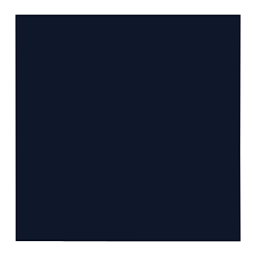 the district of Barton, Kansas, United States of America
{"feature_id": "52423323B76483711155183", "entity_name": "Barton", "entity_type": "district", "adm_level": 2, "iso_a3": "USA", "parent_name": "United States of America", "parent_adm1": "Kansas", "projection": "mercator", "projection_center": [-98.777, 38.479], "detail": "fine", "context": "isolated", "style": "filled", "palette": "ink", "viewbox_px": 256, "rotation_deg": 0, "n_neighbors": 0, "source": "geoboundaries", "source_scale": "gbopen_adm2", "svg_char_len": 278}
<svg xmlns="http://www.w3.org/2000/svg" viewBox="0 0 256 256"><path d="M16.4,195.5L16.4,240.4L20.4,240.4L61.1,240.4L64.8,240.5L150.5,240.6L239.8,240.6L239.5,151.0L239.6,106.0L239.8,15.4L237.3,15.4L16.2,15.4L16.4,195.5Z" fill="#0f172a" stroke="#020617" stroke-width="1.5"/></svg>